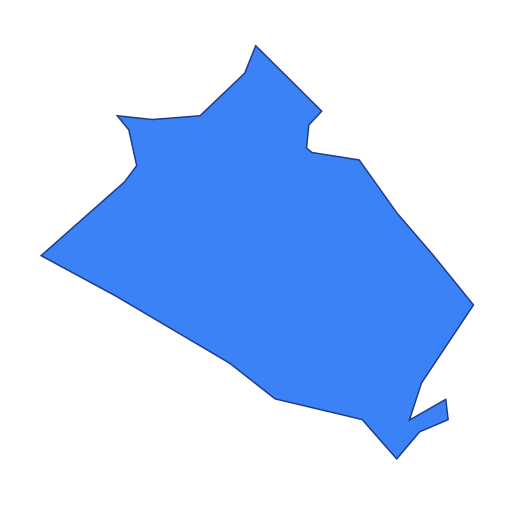 the district of Russell, Kentucky, United States of America, rotated 267°
{"feature_id": "52423323B32908051821127", "entity_name": "Russell", "entity_type": "district", "adm_level": 2, "iso_a3": "USA", "parent_name": "United States of America", "parent_adm1": "Kentucky", "projection": "albers", "projection_center": [-85.04, 37.007], "detail": "fine", "context": "isolated", "style": "filled", "palette": "blue", "viewbox_px": 512, "rotation_deg": 267, "n_neighbors": 0, "source": "geoboundaries", "source_scale": "gbopen_adm2", "svg_char_len": 501}
<svg xmlns="http://www.w3.org/2000/svg" viewBox="0 0 512 512"><g transform="rotate(267 256 256)"><path d="M466.0,266.7L439.2,254.3L399.0,207.5L397.7,159.6L403.3,124.8L388.6,135.6L352.5,141.6L337.0,128.7L267.6,41.4L223.4,113.8L150.3,224.1L112.3,267.6L87.1,353.5L46.0,385.9L71.9,410.2L82.5,439.3L102.9,438.0L84.1,400.6L120.5,414.6L195.7,470.6L247.5,433.0L291.8,398.8L346.5,364.1L356.4,317.3L361.1,312.1L384.1,315.6L397.2,329.2L466.0,266.7Z" fill="#3b82f6" stroke="#1e3a8a" stroke-width="1.5"/></g></svg>